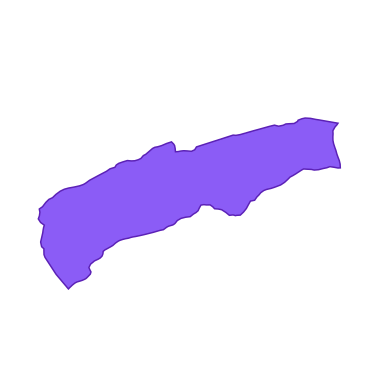 outline of South Mugirango, Nyanza, Kenya, rotated 72°
{"feature_id": "3690345B2420334970551", "entity_name": "South Mugirango", "entity_type": "district", "adm_level": 2, "iso_a3": "KEN", "parent_name": "Kenya", "parent_adm1": "Nyanza", "projection": "natural_earth1", "projection_center": [34.664, -0.838], "detail": "fine", "context": "isolated", "style": "filled", "palette": "violet", "viewbox_px": 384, "rotation_deg": 72, "n_neighbors": 0, "source": "geoboundaries", "source_scale": "gbopen_adm2", "svg_char_len": 2820}
<svg xmlns="http://www.w3.org/2000/svg" viewBox="0 0 384 384"><g transform="rotate(72 192 192)"><path d="M217.4,254.7L217.8,250.1L218.1,245.7L218.4,241.3L218.5,237.7L218.6,234.4L219.0,230.8L218.6,229.6L217.7,227.1L217.3,225.1L217.3,223.3L217.4,221.2L217.3,219.8L216.7,218.0L216.2,217.2L214.6,214.8L213.7,210.6L214.0,205.9L214.9,201.3L213.4,197.4L212.8,194.6L211.7,192.0L209.6,190.1L207.2,187.5L207.7,184.6L208.7,182.4L209.9,178.7L212.5,176.8L214.9,175.7L216.3,172.3L218.0,169.3L221.9,166.1L225.7,163.7L226.5,160.0L227.9,158.0L228.0,156.7L228.9,153.2L227.0,149.2L224.5,145.4L221.6,142.4L218.7,139.2L219.2,135.0L216.7,131.7L215.5,129.3L213.9,126.8L212.8,123.3L212.6,120.7L212.7,119.0L213.0,115.8L213.0,112.1L212.9,109.8L212.8,107.9L212.7,105.7L212.5,104.8L211.4,100.9L209.7,97.2L208.1,94.1L207.5,90.7L207.2,89.5L206.7,87.3L206.1,85.2L205.8,84.0L205.2,81.8L204.8,80.1L204.6,78.7L205.8,75.7L207.4,71.5L208.9,69.0L209.9,64.7L210.2,60.0L210.6,56.2L210.5,53.0L212.4,49.2L214.2,45.9L214.5,45.0L214.9,43.5L211.2,42.5L207.6,42.2L203.9,42.4L200.7,42.5L196.8,42.3L194.1,42.4L189.8,42.4L186.4,42.0L183.1,41.0L180.3,39.9L177.3,39.1L174.6,36.2L174.1,35.5L172.9,33.4L171.7,31.9L162.7,48.9L161.2,51.9L158.6,56.5L156.6,61.6L156.3,64.8L156.5,68.9L157.5,69.8L158.4,73.7L157.2,78.1L156.3,81.7L156.7,84.7L156.2,89.3L153.9,92.9L153.5,98.3L153.1,107.9L152.8,114.1L152.3,128.4L151.7,132.7L150.6,135.3L150.5,173.8L152.7,176.4L153.1,180.0L151.6,183.5L150.2,187.1L149.6,189.9L149.3,192.5L149.0,193.8L148.6,195.3L145.6,194.6L142.5,194.2L140.8,194.6L138.0,196.0L138.0,201.1L138.5,206.6L138.4,210.6L138.0,213.5L138.4,216.1L140.1,220.1L141.9,224.4L142.3,227.0L144.3,230.2L144.7,233.1L144.6,236.8L143.7,240.1L142.1,243.8L142.0,248.3L142.1,252.8L142.9,255.6L144.7,257.7L144.6,262.8L145.9,267.0L146.6,271.2L147.5,276.4L148.4,281.4L149.2,285.8L150.6,290.0L151.0,291.5L151.3,293.2L151.4,296.9L150.9,302.3L150.1,308.2L149.9,312.6L150.5,317.0L152.2,322.1L154.3,326.4L154.8,330.4L156.7,334.2L159.8,338.7L161.0,342.5L164.2,342.9L167.5,344.5L170.1,346.5L174.2,345.4L177.9,342.7L179.9,344.1L182.1,345.3L184.6,346.5L188.8,349.0L192.8,351.4L195.3,351.7L197.6,351.9L200.2,350.4L202.4,351.1L205.8,352.1L208.7,352.0L228.3,346.7L246.0,339.5L245.3,338.2L243.6,334.7L242.5,331.8L242.2,330.4L242.0,329.1L242.1,326.2L242.1,324.9L242.1,323.7L241.8,320.8L241.6,319.8L241.1,318.6L240.0,316.5L238.7,314.1L236.8,312.8L234.3,313.2L233.1,313.3L232.0,313.4L230.1,311.6L229.2,310.6L228.0,307.5L227.4,306.1L227.1,303.8L226.9,302.0L226.4,299.7L225.2,297.4L223.8,296.2L222.8,295.6L221.0,294.8L220.6,293.8L220.1,292.5L219.6,289.6L219.3,288.3L219.1,287.0L218.4,283.9L216.9,280.5L216.0,277.5L215.8,276.4L215.7,275.1L215.7,272.5L215.9,269.4L216.1,268.2L216.3,266.5L216.3,264.1L216.4,262.9L216.5,261.8L216.9,259.3L217.4,254.7Z" fill="#8b5cf6" stroke="#5b21b6" stroke-width="1.5"/></g></svg>